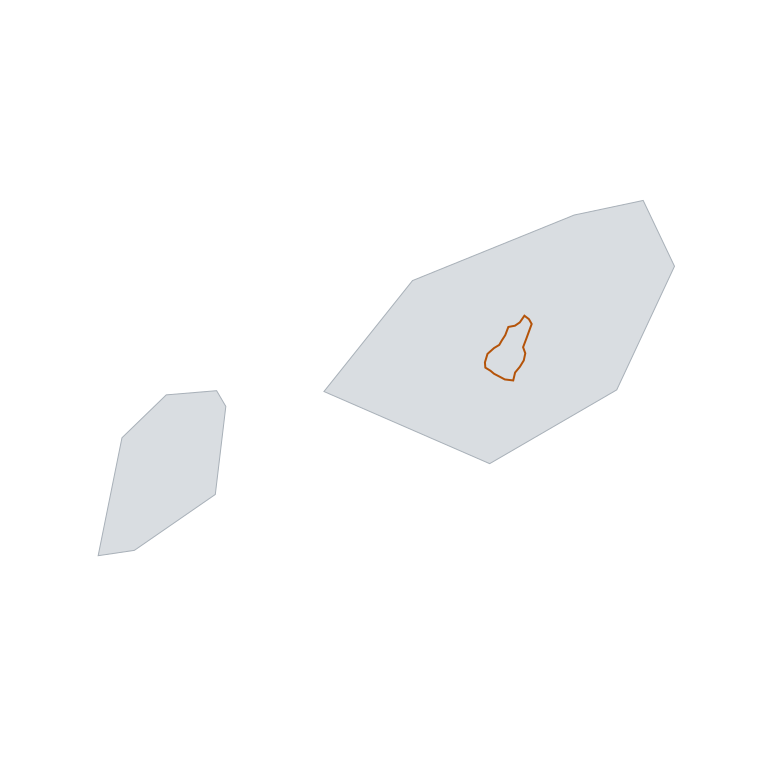 Attard highlighted on a map of Malta, rotated 294°
{"feature_id": "MLT-5920", "entity_name": "Attard", "entity_type": "state/province", "adm_level": 1, "iso_a3": "MLT", "parent_name": "Malta", "parent_adm1": "", "projection": "robinson", "projection_center": [14.431, 35.889], "detail": "fine", "context": "in_parent", "style": "outline", "palette": "amber", "viewbox_px": 768, "rotation_deg": 294, "n_neighbors": 0, "source": "natural_earth", "source_scale": "10m", "svg_char_len": 721}
<svg xmlns="http://www.w3.org/2000/svg" viewBox="0 0 768 768"><g transform="rotate(294 384 384)"><path d="M657.1,546.1L609.7,601.5L473.3,599.0L354.2,512.9L352.7,332.2L490.1,368.0L615.7,489.0L657.1,546.1ZM299.2,248.6L214.5,274.8L130.5,223.6L110.9,192.7L228.3,166.5L285.5,189.5L309.8,233.8L299.2,248.6Z" fill="#d9dde1" stroke="#a8b0b8" stroke-width="1"/><path d="M453.6,466.3L461.6,469.9L466.6,473.4L471.6,473.9L477.9,474.9L486.7,474.4L490.5,479.9L495.5,483.0L503.5,484.5L502.2,490.0L498.9,494.5L483.0,495.6L474.2,496.1L469.5,500.6L462.4,502.1L454.9,501.1L447.8,499.1L439.8,500.6L437.3,492.5L437.7,487.0L438.1,480.4L439.4,475.9L440.2,469.9L444.8,467.4L453.6,466.3Z" fill="none" stroke="#b45309" stroke-width="2"/></g></svg>